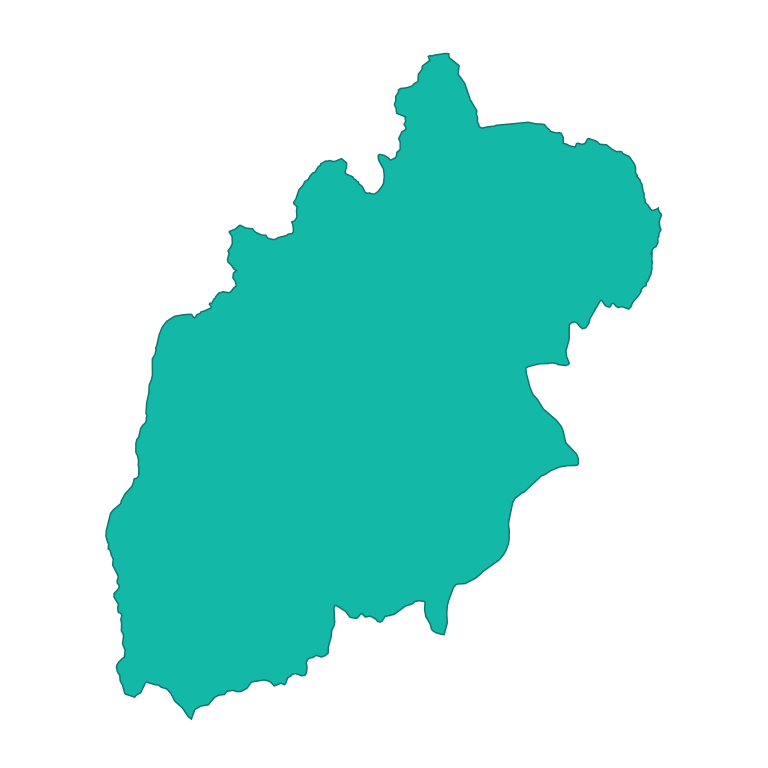 Güicán, Boyacá, Colombia, rotated 178°
{"feature_id": "7082276B71833607735517", "entity_name": "Güicán", "entity_type": "district", "adm_level": 2, "iso_a3": "COL", "parent_name": "Colombia", "parent_adm1": "Boyacá", "projection": "albers", "projection_center": [-72.306, 6.561], "detail": "fine", "context": "isolated", "style": "filled", "palette": "teal", "viewbox_px": 768, "rotation_deg": 178, "n_neighbors": 0, "source": "geoboundaries", "source_scale": "gbopen_adm2", "svg_char_len": 6112}
<svg xmlns="http://www.w3.org/2000/svg" viewBox="0 0 768 768"><g transform="rotate(178 384 384)"><path d="M332.5,131.6L329.1,143.2L329.3,152.5L328.5,160.2L326.8,165.8L321.6,178.3L319.1,181.0L316.6,181.6L309.9,181.7L299.8,186.4L294.1,190.7L292.2,192.8L275.2,204.1L270.7,209.0L268.1,213.0L265.2,220.0L264.4,224.6L263.9,233.3L264.5,238.5L264.2,241.9L259.5,261.0L257.0,265.2L249.9,270.3L248.0,270.9L230.1,286.5L225.7,288.2L220.6,291.5L211.4,295.0L203.6,296.0L195.1,295.9L193.4,296.4L192.5,297.6L192.4,302.6L194.0,307.2L204.4,319.0L206.7,331.2L208.4,335.5L212.9,341.6L225.6,353.4L231.2,363.2L235.7,368.6L238.2,375.3L241.4,389.8L241.7,395.0L239.2,396.3L230.8,398.2L227.1,398.8L219.4,398.7L217.1,399.3L213.4,399.0L210.1,398.1L209.3,397.3L201.6,396.1L199.1,397.0L198.1,398.4L200.5,404.7L201.0,410.8L197.4,422.2L196.8,436.6L194.6,438.6L191.1,439.5L189.2,438.5L186.4,434.7L183.7,432.3L180.3,433.2L177.2,437.4L175.7,442.4L164.7,460.0L162.9,459.4L160.9,455.7L159.3,454.2L156.6,453.0L155.0,453.5L153.6,456.4L152.9,456.7L151.4,456.2L149.6,453.8L147.3,452.2L143.6,453.1L136.8,450.3L134.6,452.4L132.6,456.9L126.1,464.0L123.8,467.6L123.7,469.4L121.5,471.8L118.6,473.2L118.4,475.8L116.6,477.9L113.5,484.3L112.1,490.5L112.3,493.5L111.4,496.0L112.0,498.4L111.5,505.6L112.4,505.1L112.2,505.9L110.8,509.4L109.3,510.9L107.3,511.8L105.2,516.1L105.4,520.4L104.1,521.9L104.2,524.2L101.8,528.9L102.7,530.8L103.4,536.7L100.8,542.9L101.2,544.5L102.6,545.9L103.7,548.2L103.6,550.3L106.0,549.0L109.0,548.1L110.3,548.3L111.5,549.4L112.0,550.7L112.8,551.1L113.5,553.0L116.6,556.3L116.7,559.6L117.7,561.4L117.4,565.4L118.2,566.7L119.3,575.0L120.4,576.4L121.1,579.1L124.0,582.8L123.5,583.5L125.3,586.2L125.0,591.1L125.9,594.8L131.1,602.9L136.9,605.6L138.6,608.0L143.9,608.2L148.1,610.8L153.2,615.2L160.1,616.1L162.9,619.1L170.9,622.2L172.3,621.6L173.9,618.5L175.3,617.1L178.1,616.6L181.7,617.9L183.3,617.5L184.4,614.1L190.1,615.5L192.7,617.1L196.4,618.3L196.2,624.0L198.2,628.4L200.4,629.1L202.0,628.7L208.5,630.4L210.5,633.1L212.3,634.3L214.4,637.5L217.0,638.2L223.0,638.7L230.7,640.5L262.9,638.6L264.5,637.8L270.9,637.5L276.8,636.3L278.6,636.9L280.0,638.5L280.5,640.9L281.5,642.6L281.2,647.1L282.2,650.1L281.7,653.8L288.0,665.4L292.8,681.6L299.1,691.1L297.9,699.6L307.0,707.5L307.7,708.6L307.7,711.8L310.9,712.2L322.4,710.9L324.2,710.2L326.8,710.5L328.3,709.8L327.0,705.8L334.5,700.5L335.2,696.8L338.9,692.3L339.5,685.0L343.3,683.2L345.5,680.8L351.3,679.2L357.4,678.7L359.5,677.2L359.2,675.5L362.2,671.1L362.4,666.1L363.5,664.3L363.8,662.4L362.3,659.2L361.9,654.1L353.1,650.2L353.6,648.8L353.2,645.8L354.9,642.8L353.2,639.6L353.1,638.3L354.7,636.6L357.2,635.6L360.8,628.7L359.4,625.4L359.6,618.5L360.0,617.5L363.1,615.1L363.5,611.7L364.6,609.8L369.6,607.4L372.2,610.2L376.0,612.6L380.6,613.6L381.8,612.8L381.8,609.3L380.9,606.5L377.0,598.8L376.4,591.8L377.5,584.6L378.9,581.9L383.3,576.5L386.9,574.2L388.2,574.1L391.7,575.4L394.1,575.2L396.1,576.1L398.6,581.6L399.7,583.1L401.8,584.4L402.7,586.9L404.1,587.4L405.3,589.1L406.7,589.8L408.0,592.1L415.1,595.5L415.3,597.9L413.9,602.1L413.7,606.3L418.6,610.7L425.3,608.2L427.3,608.2L430.8,609.3L431.9,608.7L434.7,608.8L439.6,606.1L440.0,604.7L442.1,603.5L445.5,598.2L448.0,597.3L450.7,594.3L452.6,591.0L455.9,589.2L458.3,585.1L462.1,581.3L465.6,572.0L467.9,568.8L467.8,567.3L464.7,564.2L465.4,560.2L465.2,554.6L465.4,553.5L467.7,550.1L470.5,549.2L469.5,545.9L469.1,540.6L469.6,538.7L471.0,537.4L474.6,537.2L476.2,535.8L484.3,534.1L487.8,532.3L490.2,532.3L495.1,533.8L497.0,536.8L501.2,537.1L506.0,539.6L508.0,540.9L510.0,543.7L516.6,544.6L522.0,547.6L523.1,547.4L527.4,543.9L532.7,542.1L533.5,541.4L530.7,536.8L530.7,529.5L532.4,526.2L535.2,522.4L534.3,519.7L536.1,513.9L535.6,511.2L533.0,508.7L530.0,504.2L527.6,502.6L530.6,500.1L531.3,495.4L529.1,491.9L528.1,487.2L530.9,485.2L534.0,481.4L535.7,480.6L541.3,481.8L545.8,480.8L549.0,477.3L549.4,475.9L551.0,474.9L552.9,471.3L553.5,470.7L555.4,470.7L555.7,469.7L554.0,467.4L554.1,466.1L561.7,463.0L564.3,462.5L565.4,460.9L568.4,459.9L570.9,456.7L572.0,457.3L573.8,460.1L574.7,460.4L581.5,460.3L591.1,458.9L598.9,454.3L603.6,448.6L606.8,441.6L610.0,429.7L610.9,428.1L610.8,425.4L611.8,421.5L614.7,417.1L615.1,401.2L616.2,396.6L618.7,390.9L619.4,382.9L621.8,373.7L622.9,362.9L621.8,360.7L622.7,358.7L622.9,355.7L623.9,353.5L626.6,351.1L628.7,348.2L630.9,339.6L632.8,337.4L634.0,333.6L634.4,324.6L632.9,321.1L631.9,316.2L632.5,311.5L631.9,308.9L632.3,301.6L632.6,300.5L634.6,298.3L636.3,298.2L637.2,297.5L637.7,294.7L639.5,290.5L646.7,283.1L650.8,276.0L651.2,273.7L658.7,267.9L661.8,264.2L666.6,247.4L667.2,241.6L665.8,235.6L664.8,233.8L665.4,228.8L663.6,227.6L662.6,222.8L660.7,218.3L661.5,212.6L656.4,201.3L656.4,199.5L657.6,197.0L657.6,194.6L655.7,191.7L655.6,190.6L657.1,187.9L661.1,184.1L661.2,180.3L657.0,173.0L657.9,170.0L657.6,165.4L654.3,163.2L654.1,161.7L655.2,158.0L654.6,153.4L655.1,146.4L653.3,143.1L653.2,140.3L654.4,133.4L652.0,127.0L653.1,119.8L654.7,119.1L659.0,115.2L660.7,112.5L661.3,110.2L660.3,105.2L658.3,102.3L658.0,96.5L655.8,92.2L653.9,83.9L652.9,83.0L644.1,79.7L642.5,81.6L637.9,84.0L633.0,93.4L631.9,94.4L622.9,91.4L619.9,91.0L617.2,88.7L612.5,87.2L611.0,86.1L607.4,81.5L604.1,74.2L596.9,67.5L591.1,58.3L588.2,55.8L584.4,65.3L578.3,68.5L570.8,69.5L564.6,76.5L560.0,78.8L554.2,79.3L551.8,82.4L545.2,83.1L541.9,81.7L537.7,81.7L531.8,84.5L526.8,90.8L514.6,92.4L511.5,91.8L507.9,90.2L504.2,86.1L497.4,88.6L494.1,86.9L492.7,88.1L490.8,93.1L489.7,94.4L487.6,95.1L485.9,97.0L482.6,97.7L476.1,95.2L473.3,95.8L472.5,96.4L471.5,98.6L470.8,103.9L471.5,108.4L469.1,112.4L464.7,113.2L461.2,115.2L456.1,113.3L452.2,114.6L449.2,117.0L448.9,122.8L445.5,133.7L444.9,139.4L442.2,144.6L441.6,147.5L441.8,161.6L441.0,164.4L439.1,164.0L430.4,158.2L426.1,152.0L419.9,150.7L418.4,151.5L415.5,154.9L414.0,155.2L410.7,151.7L407.0,152.4L405.4,152.3L400.8,149.6L398.3,146.7L395.9,146.2L394.1,147.2L391.1,151.6L381.9,153.4L370.4,161.3L363.0,163.4L360.9,165.5L356.4,166.2L351.4,165.2L350.6,164.5L351.3,156.9L350.3,150.0L346.3,142.9L345.1,137.2L343.4,135.3L340.4,133.5L334.5,131.6L332.5,131.6Z" fill="#14b8a6" stroke="#0f766e" stroke-width="1.5"/></g></svg>